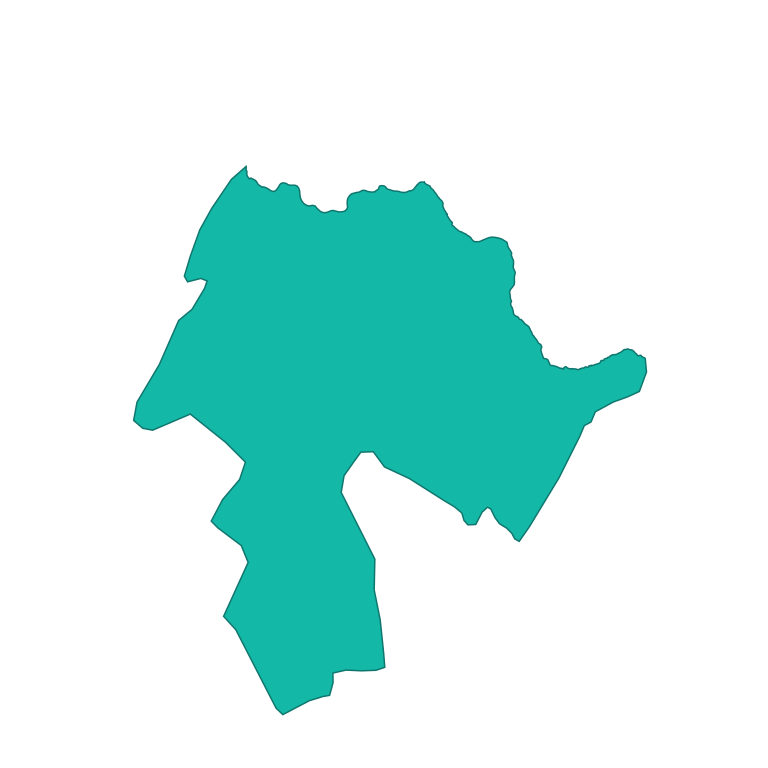 Toledo, Canelones, Uruguay, rotated 154°
{"feature_id": "84410073B33780551405566", "entity_name": "Toledo", "entity_type": "district", "adm_level": 2, "iso_a3": "URY", "parent_name": "Uruguay", "parent_adm1": "Canelones", "projection": "mercator", "projection_center": [-56.115, -34.726], "detail": "fine", "context": "isolated", "style": "filled", "palette": "teal", "viewbox_px": 768, "rotation_deg": 154, "n_neighbors": 0, "source": "geoboundaries", "source_scale": "gbopen_adm2", "svg_char_len": 6171}
<svg xmlns="http://www.w3.org/2000/svg" viewBox="0 0 768 768"><g transform="rotate(154 384 384)"><path d="M630.0,245.5L624.9,228.0L623.1,140.0L619.9,131.2L590.0,132.1L575.9,129.9L569.4,128.0L560.7,137.9L556.6,146.6L543.5,143.5L530.2,136.2L516.7,130.2L507.5,129.0L502.2,142.5L490.8,173.7L483.1,203.2L469.0,230.6L470.0,305.3L460.1,319.1L445.6,327.1L434.7,332.9L423.3,327.8L419.9,309.2L402.8,288.1L381.5,253.5L374.4,242.5L370.6,234.0L371.9,226.3L370.3,220.6L363.1,217.5L352.2,225.7L345.0,227.9L342.8,224.9L342.8,215.1L341.4,207.7L336.9,200.6L334.6,193.8L334.4,187.6L331.5,183.3L315.7,192.1L267.9,222.9L230.9,251.2L222.2,258.8L214.6,259.1L206.3,266.4L186.0,267.3L169.9,265.6L157.7,265.4L142.8,279.7L138.0,292.5L138.4,293.3L139.0,293.8L139.4,294.6L139.9,295.2L140.3,296.0L140.5,297.0L141.0,297.5L142.0,297.7L142.7,297.7L143.2,297.9L143.7,298.7L143.7,299.4L143.9,300.3L144.3,301.1L144.7,301.8L145.0,303.6L145.4,304.3L145.9,305.5L146.7,306.3L147.3,306.6L148.1,307.0L148.6,307.6L149.0,308.3L149.7,308.7L150.5,308.8L151.3,309.0L152.4,309.4L153.3,309.6L154.3,309.4L155.1,309.1L156.2,308.9L157.3,308.8L161.0,308.8L161.9,308.6L163.7,309.2L164.8,309.7L165.9,310.0L167.0,310.1L168.4,310.0L170.2,309.5L171.2,309.8L171.9,309.3L172.6,309.6L174.8,309.8L175.4,309.7L175.9,309.2L176.3,308.8L177.1,309.2L177.8,309.7L178.5,309.8L179.2,309.6L179.7,308.9L180.4,308.6L180.9,308.2L181.3,308.2L182.1,308.3L183.1,308.6L184.0,308.6L184.9,308.8L186.4,309.0L187.3,308.9L187.8,308.9L188.4,309.3L189.3,309.8L189.6,309.4L190.1,309.7L190.6,310.2L191.6,310.5L192.2,310.0L192.8,309.6L193.5,309.7L194.1,310.1L194.9,310.8L195.9,311.1L196.9,310.9L197.4,310.8L197.9,310.9L198.4,311.3L199.1,311.5L200.1,311.5L200.9,311.7L201.7,311.7L202.7,311.6L203.6,312.0L204.2,312.5L205.0,313.5L205.9,313.8L207.0,314.6L208.3,315.4L209.0,315.4L209.6,315.9L210.1,316.1L210.7,316.5L211.4,317.2L212.2,318.1L212.5,319.2L213.0,319.9L214.1,319.9L215.2,319.8L215.7,319.0L216.5,319.0L216.9,319.3L217.1,319.9L217.8,320.2L218.0,320.7L218.9,320.9L219.6,322.0L221.2,323.9L222.0,324.7L223.3,325.7L224.0,326.5L225.4,327.2L226.1,327.8L226.4,328.6L226.2,331.2L226.2,332.7L226.1,333.8L226.9,335.2L228.5,336.5L229.2,336.9L229.6,337.8L229.1,338.7L229.1,339.7L228.7,343.2L228.2,345.3L227.6,346.7L226.3,347.6L225.8,348.9L225.9,350.9L226.6,352.0L227.3,353.0L227.3,354.7L227.5,356.9L227.8,358.0L228.2,360.1L228.3,361.1L228.5,362.0L229.0,363.0L228.8,364.2L228.6,365.5L228.8,367.0L228.7,368.8L228.7,370.6L228.7,372.0L229.3,373.3L229.8,374.3L230.5,375.5L231.2,377.0L231.3,378.3L232.0,380.3L232.5,381.8L233.8,382.7L234.1,383.7L233.9,384.8L234.4,385.6L234.9,386.5L235.8,387.1L236.6,389.1L236.8,390.3L236.1,392.4L235.8,393.6L235.6,395.1L235.3,395.8L235.4,397.0L235.5,399.1L235.0,400.7L233.7,402.0L233.1,402.5L233.1,403.7L233.0,405.3L232.5,406.1L232.2,407.4L231.5,409.1L231.3,410.1L230.8,411.4L229.7,412.9L228.2,413.8L226.4,414.6L223.5,416.2L222.9,417.0L222.0,418.5L221.3,420.1L220.1,422.7L219.2,424.1L217.4,426.2L217.1,427.1L216.9,431.5L216.3,433.2L215.3,434.5L214.4,436.3L213.8,437.5L213.5,438.5L213.4,439.8L213.5,440.8L213.3,441.8L213.2,443.4L212.8,444.5L212.2,445.0L211.8,446.2L211.9,447.1L212.0,448.3L212.1,449.3L212.2,450.3L212.4,451.8L212.2,454.1L211.6,456.3L211.4,457.4L212.6,459.5L213.3,460.5L214.1,461.9L215.0,463.0L216.1,464.1L217.3,465.1L218.5,466.1L219.6,466.9L220.9,467.7L222.6,468.7L224.2,469.2L226.1,469.6L230.6,469.9L232.6,470.0L233.7,470.0L234.9,470.1L236.3,470.3L239.9,472.1L240.7,472.8L241.0,473.5L241.2,474.0L241.7,475.6L241.9,476.1L241.7,476.9L241.9,477.5L242.2,478.4L242.5,478.8L243.0,479.8L243.6,480.6L244.1,481.5L244.7,482.9L246.7,485.2L247.0,485.9L247.6,486.5L248.1,487.1L248.8,487.7L249.3,488.4L249.8,489.1L250.6,490.9L251.1,491.9L251.5,492.9L251.9,493.9L252.1,494.9L252.6,495.8L253.0,496.8L253.2,497.5L252.8,498.0L252.2,498.5L251.9,499.2L252.0,500.1L252.8,501.6L252.9,502.6L252.9,503.6L253.1,504.4L253.2,505.3L253.2,506.2L253.4,507.2L253.1,508.4L252.6,508.9L252.7,509.4L253.3,509.9L253.1,510.9L253.1,511.7L253.4,513.5L253.4,514.6L253.3,517.1L253.2,517.9L252.9,518.6L252.2,519.7L251.7,520.6L251.7,522.4L251.9,523.6L252.9,526.3L253.0,527.6L253.6,529.0L253.6,530.4L253.9,532.5L254.4,534.5L254.6,536.1L255.1,537.9L255.8,539.2L255.9,540.6L255.9,541.6L257.1,543.3L258.3,544.6L259.3,546.8L259.2,548.0L259.8,548.0L260.6,548.4L261.7,549.1L262.4,549.3L263.8,549.5L265.1,549.0L266.7,548.6L271.4,546.3L272.8,545.8L274.8,545.8L276.6,546.5L278.2,546.6L279.4,546.6L281.3,547.0L282.6,547.7L283.8,548.4L284.7,549.0L286.1,550.4L287.5,551.4L289.3,552.5L290.8,553.3L291.7,554.2L292.9,555.3L294.1,556.5L295.4,557.5L295.8,558.5L296.0,559.4L296.2,560.4L296.7,561.4L297.1,562.0L298.2,562.7L299.3,563.4L300.2,563.7L301.5,563.7L302.3,563.0L302.6,562.5L303.5,561.7L304.9,561.4L306.7,561.2L307.8,560.8L309.3,561.2L310.6,561.7L311.9,562.5L313.1,563.3L314.3,564.2L315.7,565.8L317.1,566.9L318.7,567.5L319.9,567.4L322.6,567.4L324.1,568.0L326.2,568.5L329.6,569.1L331.0,568.8L332.5,568.3L334.0,567.5L335.5,566.3L336.6,564.9L337.4,563.4L338.2,561.9L338.6,560.5L339.3,558.8L340.7,557.5L342.6,556.8L344.6,556.7L346.1,557.2L348.2,558.0L349.5,558.8L351.9,560.8L353.4,562.1L354.9,562.8L357.8,563.1L360.7,563.4L363.3,564.5L365.2,566.5L366.2,568.6L367.3,571.6L367.9,574.3L369.9,575.9L373.5,576.9L375.6,579.0L377.1,581.6L377.6,584.3L377.6,587.5L376.8,590.4L375.2,594.5L374.8,597.7L375.4,600.2L377.2,601.9L378.9,602.7L380.8,603.6L382.9,605.1L383.8,606.9L385.3,608.2L387.2,609.3L389.0,609.3L390.7,608.6L392.1,607.5L394.0,606.5L395.5,605.6L397.4,605.3L398.8,605.4L400.4,606.7L401.7,608.5L402.7,610.4L403.7,611.7L404.5,612.7L405.9,614.0L406.9,614.0L407.5,614.9L408.4,616.4L409.6,618.3L409.9,621.9L410.3,623.2L411.3,624.7L412.4,626.2L413.4,627.4L414.2,627.6L414.9,627.3L415.3,628.0L415.5,629.1L415.7,630.9L415.5,632.3L414.9,633.7L414.2,634.8L414.0,635.8L414.3,636.7L413.9,637.5L413.0,638.6L412.6,640.0L431.5,634.8L461.8,617.4L482.1,603.2L502.2,583.6L516.2,568.4L515.7,561.9L502.4,559.2L497.8,554.2L503.1,548.8L523.7,535.3L540.7,531.1L577.4,500.0L613.9,476.0L625.0,461.0L620.2,449.9L612.2,443.9L571.3,441.9L552.0,401.1L542.8,374.5L555.6,361.5L579.7,350.9L599.4,336.5L596.4,327.5L583.1,301.4L584.3,283.2L630.0,245.5Z" fill="#14b8a6" stroke="#0f766e" stroke-width="1.5"/></g></svg>